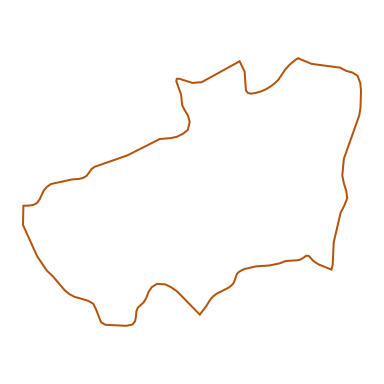 Souk Ahras, Natural Earth projection
{"feature_id": "DZA-2222", "entity_name": "Souk Ahras", "entity_type": "Province", "adm_level": 1, "iso_a3": "DZA", "parent_name": "Algeria", "parent_adm1": "", "projection": "natural_earth1", "projection_center": [7.905, 36.161], "detail": "fine", "context": "isolated", "style": "outline", "palette": "amber", "viewbox_px": 384, "rotation_deg": 0, "n_neighbors": 0, "source": "natural_earth", "source_scale": "10m", "svg_char_len": 1608}
<svg xmlns="http://www.w3.org/2000/svg" viewBox="0 0 384 384"><path d="M359.6,113.2L359.3,115.3L343.9,158.7L342.3,175.4L343.9,183.5L346.3,191.0L347.2,198.3L344.2,205.9L340.6,212.7L333.7,242.5L332.7,264.8L331.4,269.6L331.2,269.5L318.8,264.5L316.3,263.0L313.0,260.6L309.0,256.1L307.1,255.7L305.6,256.1L304.3,257.2L303.4,257.8L300.4,259.5L298.2,260.2L286.2,261.0L284.0,261.6L280.2,263.2L269.9,265.4L255.9,266.4L244.5,269.0L240.9,270.7L238.7,272.1L237.1,273.7L236.2,275.7L234.9,279.9L234.1,281.8L233.2,283.6L231.8,285.1L228.9,287.5L216.5,293.8L213.0,296.5L211.8,297.8L209.7,300.5L206.3,306.1L199.8,314.6L177.0,291.3L171.5,287.5L165.1,284.3L156.9,283.9L151.8,287.1L148.5,292.0L146.4,297.7L143.7,302.3L137.8,307.7L136.4,311.3L136.0,316.1L135.1,321.2L132.5,324.5L126.4,325.8L105.4,324.8L101.0,322.2L95.9,309.0L93.1,303.6L87.7,300.6L74.4,296.8L69.4,294.1L64.5,290.1L53.2,276.7L46.9,270.7L37.1,256.2L23.0,225.0L23.4,205.8L30.0,205.5L33.7,204.8L37.1,202.8L39.6,199.4L43.5,191.0L46.7,187.0L51.0,184.0L72.2,179.4L78.6,179.0L82.9,178.0L86.7,175.8L91.5,169.1L94.6,166.8L127.3,155.4L159.8,139.0L171.1,138.1L176.8,136.8L182.8,133.9L187.9,129.8L189.7,121.8L188.0,115.6L184.4,109.7L182.3,105.5L181.7,101.4L181.4,97.2L180.8,93.8L176.3,81.2L176.8,78.8L179.1,78.7L192.4,82.9L201.6,82.2L239.6,61.3L244.6,71.5L245.9,90.2L247.8,92.9L251.2,93.7L256.6,92.7L261.5,91.2L266.0,89.2L270.7,86.4L275.0,83.1L278.5,79.6L285.1,69.7L289.8,64.5L295.4,59.9L298.2,58.2L298.3,58.2L298.3,58.4L311.7,63.9L340.0,67.6L346.3,70.9L352.5,72.6L357.5,75.7L360.3,83.1L361.0,90.9L360.5,107.6L359.6,113.2Z" fill="none" stroke="#b45309" stroke-width="2"/></svg>